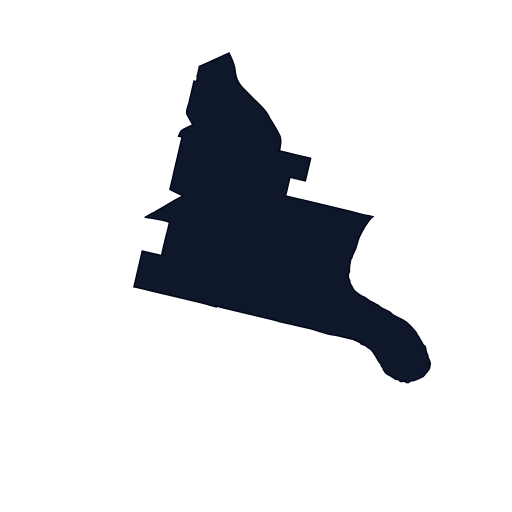 outline of Victoria Park, Western Australia, Australia, rotated 148°
{"feature_id": "25037944B59054376052464", "entity_name": "Victoria Park", "entity_type": "district", "adm_level": 2, "iso_a3": "AUS", "parent_name": "Australia", "parent_adm1": "Western Australia", "projection": "albers", "projection_center": [115.893, -31.976], "detail": "fine", "context": "isolated", "style": "filled", "palette": "ink", "viewbox_px": 512, "rotation_deg": 148, "n_neighbors": 0, "source": "geoboundaries", "source_scale": "gbopen_adm2", "svg_char_len": 5961}
<svg xmlns="http://www.w3.org/2000/svg" viewBox="0 0 512 512"><g transform="rotate(148 256 256)"><path d="M216.7,132.1L216.0,131.3L215.6,130.7L214.5,128.7L214.0,128.1L213.6,127.3L213.5,127.1L213.5,126.0L213.4,125.7L213.3,125.4L213.0,125.0L212.3,124.3L212.2,124.1L212.0,123.9L211.5,123.3L211.0,122.6L210.4,121.5L209.9,120.1L209.8,119.8L209.7,119.2L209.4,118.5L208.6,117.2L208.0,115.4L207.7,113.5L207.6,112.3L207.6,110.9L207.7,109.7L207.6,109.2L207.5,108.6L207.5,107.3L207.6,106.4L207.6,106.1L207.7,104.0L207.8,103.5L207.7,103.3L207.8,103.1L207.7,102.8L207.7,101.7L207.7,101.2L207.6,100.5L207.5,100.3L207.5,99.8L207.5,99.5L207.5,98.8L207.5,98.1L207.5,97.5L207.6,97.0L207.6,96.8L207.9,96.4L208.0,96.0L207.8,95.4L207.8,94.9L207.7,94.2L207.7,93.3L207.8,92.9L208.0,92.5L208.2,92.1L208.2,91.7L208.2,91.3L208.1,91.1L208.0,90.4L208.1,88.9L208.1,88.7L207.7,87.1L207.5,86.7L206.7,85.1L205.9,83.8L205.2,82.4L204.6,81.0L204.5,80.9L204.4,80.7L203.6,79.3L203.3,78.4L203.2,78.1L203.0,77.6L202.7,77.3L202.5,77.2L202.1,77.0L201.1,75.9L200.7,75.5L200.5,74.8L200.1,73.6L200.0,73.3L199.5,72.6L199.1,72.3L198.7,72.2L197.9,72.0L197.5,72.0L197.4,71.8L197.1,71.7L197.0,71.4L196.8,71.2L196.1,70.2L195.4,69.1L194.8,68.4L194.4,68.1L193.9,68.0L193.5,67.9L193.1,67.9L192.3,68.0L191.8,68.0L191.2,68.0L190.4,67.9L189.3,67.3L188.7,67.0L188.5,66.9L187.4,66.6L185.8,66.3L185.6,66.2L184.4,66.1L182.9,65.8L182.3,65.7L181.9,65.7L181.0,65.6L180.7,65.6L180.1,65.6L179.0,65.3L178.5,65.2L178.3,65.3L178.0,65.3L176.7,65.7L176.2,65.8L175.0,66.2L174.3,66.5L172.5,67.0L171.1,67.6L170.9,67.8L170.6,67.8L169.1,68.4L168.9,68.5L167.9,69.3L167.7,69.6L166.8,70.5L166.3,71.1L165.9,71.7L165.4,72.2L165.3,72.4L164.9,73.1L164.4,75.1L164.3,75.5L164.2,75.7L164.0,78.1L163.4,79.8L162.8,81.5L162.8,82.6L162.8,82.9L162.6,83.4L162.5,83.7L162.4,84.3L161.7,86.3L161.5,86.7L161.1,87.4L160.6,89.0L160.5,89.3L160.5,89.6L160.6,90.1L161.2,91.7L161.3,92.4L161.4,92.6L161.1,93.8L161.1,94.8L161.1,95.5L161.1,96.0L161.1,96.4L161.0,97.6L161.0,97.8L161.0,99.3L160.9,100.1L160.8,100.8L161.0,103.4L161.0,104.1L161.0,104.8L160.9,105.1L160.8,106.4L160.8,107.0L161.0,108.5L161.2,109.4L161.3,109.9L161.3,110.3L161.6,111.9L161.7,112.8L162.6,116.6L163.4,119.4L163.4,119.6L163.8,120.8L164.1,121.4L164.5,121.9L164.8,122.6L165.4,123.9L165.7,124.6L166.4,125.6L166.6,126.0L167.5,127.5L169.5,130.6L169.7,131.2L170.5,132.4L171.0,133.6L171.1,133.8L171.5,134.7L171.8,136.0L171.9,136.8L172.2,137.4L172.4,137.9L173.4,139.5L174.0,140.6L174.9,141.9L175.1,142.3L175.3,142.7L175.5,143.1L175.7,143.3L176.3,144.0L176.7,144.8L176.9,145.3L177.2,145.9L177.3,146.2L177.5,146.6L178.1,148.1L178.1,148.3L178.8,150.0L179.7,151.3L181.5,154.6L182.0,155.4L182.8,156.6L183.0,157.0L183.8,158.4L184.3,160.0L184.8,161.2L185.1,161.8L185.1,162.0L186.1,163.9L186.2,164.0L187.4,165.7L188.0,166.9L188.4,167.8L189.2,169.4L189.2,169.6L189.4,170.0L189.7,170.8L189.8,171.0L190.4,172.8L190.5,173.0L190.8,173.9L190.8,174.3L191.0,175.5L191.0,176.7L191.0,177.3L190.8,178.8L190.8,179.1L190.8,179.4L190.7,182.3L190.5,183.5L190.5,183.9L190.3,184.6L190.2,184.8L189.6,185.3L189.5,185.5L189.4,186.4L189.4,187.8L189.3,188.0L189.1,188.6L189.0,188.9L188.8,189.2L188.5,190.0L188.2,190.3L187.8,190.8L187.6,191.3L186.8,192.1L186.1,192.5L185.2,193.1L184.6,193.8L184.5,194.0L184.3,194.6L184.0,194.9L183.6,195.7L182.3,197.4L181.2,198.8L180.6,199.4L180.5,199.6L180.2,200.0L179.5,200.6L178.5,201.8L178.2,202.2L177.2,203.0L176.5,203.5L175.3,203.9L175.1,204.0L174.8,204.6L174.5,204.9L174.1,205.2L174.0,205.4L173.8,205.5L173.7,205.6L173.2,205.8L172.4,206.2L172.3,206.3L172.2,206.5L170.3,207.7L169.2,208.3L167.9,209.2L167.4,209.6L167.0,209.9L166.2,210.7L165.1,211.6L164.0,212.5L162.9,213.6L162.0,214.4L160.5,215.7L158.3,217.4L153.9,220.1L150.7,221.8L148.5,223.1L146.3,224.1L145.7,224.3L144.9,224.7L144.3,224.9L143.8,225.2L140.2,226.6L139.2,226.8L138.7,227.0L138.2,227.1L137.9,227.1L136.1,227.4L139.7,231.1L140.0,231.0L142.8,233.7L149.4,240.7L151.3,242.9L152.5,244.0L187.7,279.8L188.0,280.1L188.4,280.4L198.8,291.0L199.1,291.4L195.6,294.7L186.0,304.3L185.6,304.6L185.1,304.5L174.4,293.6L161.7,306.1L157.9,309.9L168.8,320.8L174.8,327.1L179.1,331.4L179.9,332.2L180.7,332.9L180.3,333.0L179.5,333.7L178.7,334.5L178.4,334.8L178.3,335.2L177.4,336.1L174.9,339.1L173.7,341.0L172.8,343.0L172.1,345.2L171.5,354.1L171.4,360.8L171.4,367.3L171.0,368.2L171.1,369.2L171.1,369.7L171.1,371.7L171.2,373.4L171.6,376.5L172.2,379.8L173.9,387.1L174.4,388.7L175.5,393.7L177.3,401.7L178.1,405.2L178.4,406.9L178.7,410.0L178.8,411.4L178.7,413.5L178.4,416.2L178.0,417.8L177.0,420.9L175.8,423.7L175.0,425.4L174.2,427.2L173.6,429.3L173.0,431.4L172.3,434.9L171.3,442.4L190.2,444.9L199.7,446.2L203.6,446.8L205.1,445.1L210.8,439.4L211.0,439.3L211.1,438.4L213.9,435.5L214.6,436.0L215.9,437.2L222.1,430.9L224.5,428.6L231.7,421.3L232.3,420.8L234.5,419.0L235.1,418.5L237.7,415.9L239.2,413.7L239.3,413.4L239.4,412.9L239.5,412.5L239.5,411.3L239.7,409.0L240.0,402.5L240.1,400.7L245.4,401.4L249.0,401.8L250.9,401.9L252.2,401.8L253.3,401.6L254.3,401.2L258.2,398.7L255.5,395.8L256.2,395.3L257.4,394.2L262.8,388.9L265.3,386.4L272.3,379.4L279.9,371.9L285.0,366.7L293.7,358.1L289.3,350.9L287.9,348.6L287.4,348.2L287.2,347.9L287.0,347.3L286.8,346.7L286.8,346.1L286.8,345.6L287.3,345.7L290.5,346.0L296.0,346.3L317.0,346.9L320.5,346.9L320.8,347.2L330.0,347.6L328.1,346.9L327.7,346.0L324.4,343.4L317.6,337.1L316.1,335.7L314.7,334.3L312.8,332.0L312.0,331.0L311.6,330.3L319.3,322.7L320.1,322.1L327.7,314.7L335.9,306.4L347.0,317.6L349.8,320.5L358.1,312.2L375.0,295.3L375.9,294.6L374.2,293.0L367.9,286.7L365.5,284.2L361.9,280.5L354.6,273.1L342.2,260.6L336.3,254.6L331.1,249.3L326.1,244.2L325.2,243.3L322.0,239.7L316.7,233.9L316.1,234.6L313.1,231.3L297.8,215.7L280.6,198.3L276.2,193.8L275.7,193.3L272.9,190.3L271.9,189.1L271.2,188.3L269.5,186.6L264.9,182.0L262.4,179.6L260.9,178.0L248.1,165.3L237.6,153.2L236.8,152.3L233.7,149.3L232.4,148.2L230.6,146.7L228.7,144.9L217.3,133.3L216.2,132.3L216.7,132.1Z" fill="#0f172a" stroke="#020617" stroke-width="1.5"/></g></svg>